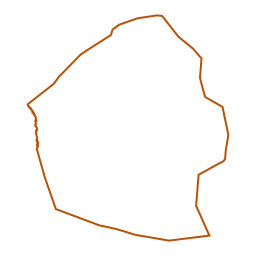 outline of Delgerxangai, Dundgovi, Mongolia
{"feature_id": "93677404B47502950424031", "entity_name": "Delgerxangai", "entity_type": "district", "adm_level": 2, "iso_a3": "MNG", "parent_name": "Mongolia", "parent_adm1": "Dundgovi", "projection": "orthographic", "projection_center": [104.19, 45.142], "detail": "fine", "context": "isolated", "style": "outline", "palette": "amber", "viewbox_px": 256, "rotation_deg": 0, "n_neighbors": 0, "source": "geoboundaries", "source_scale": "gbopen_adm2", "svg_char_len": 2854}
<svg xmlns="http://www.w3.org/2000/svg" viewBox="0 0 256 256"><path d="M209.4,235.6L196.1,205.8L198.6,174.8L216.9,164.6L223.6,161.1L225.1,158.9L225.8,150.1L228.0,137.0L228.3,134.6L222.5,106.9L205.2,97.0L202.6,88.1L200.0,77.9L201.5,58.4L192.8,48.5L178.5,36.8L162.1,15.9L156.9,15.4L137.5,18.3L119.4,24.6L112.7,29.4L110.9,35.0L89.5,48.7L80.8,54.4L58.9,76.8L53.8,83.8L28.3,103.8L27.7,104.3L27.7,104.5L27.8,104.9L28.0,105.4L28.1,105.7L28.2,105.8L28.3,105.9L28.5,106.0L28.6,106.5L28.9,106.8L29.0,106.7L29.3,106.7L29.4,106.8L29.5,107.1L29.5,107.4L29.4,107.7L29.5,107.9L29.7,108.0L29.9,108.1L30.1,108.2L30.3,108.3L30.5,108.3L30.7,108.2L30.8,108.2L30.9,108.3L30.9,108.6L30.9,109.0L31.1,109.4L31.2,109.5L31.4,109.5L31.5,109.5L31.5,109.9L31.5,110.1L31.5,110.3L31.9,110.6L32.3,110.8L32.6,111.0L32.9,111.4L33.0,111.6L32.9,111.8L32.7,112.0L32.5,112.3L32.5,112.5L32.6,112.8L32.9,112.8L33.1,112.7L33.3,112.7L33.4,112.8L33.4,113.1L33.5,113.2L33.7,113.3L33.9,113.3L34.0,113.3L34.1,113.5L34.1,113.8L34.0,114.1L33.9,114.2L34.0,114.4L34.2,114.6L34.4,114.7L34.5,114.7L34.5,114.9L34.5,115.0L34.5,115.3L34.5,115.5L34.8,115.9L34.9,116.1L35.0,116.2L35.2,116.3L35.3,116.4L35.5,116.5L35.6,116.8L35.7,117.1L35.7,117.6L35.7,118.0L35.7,118.4L35.8,118.6L35.9,118.9L36.0,119.1L36.0,119.3L36.0,119.5L35.9,119.6L35.7,119.8L35.6,120.0L35.5,120.3L35.9,120.3L36.2,120.3L36.3,120.3L36.5,120.4L36.5,120.5L36.5,120.8L36.3,120.9L36.2,121.0L36.0,121.3L35.9,121.4L35.7,121.6L35.6,121.9L35.6,122.1L35.6,122.3L35.7,122.5L35.7,122.8L35.6,123.0L35.6,123.3L35.7,123.5L35.8,123.6L35.9,123.8L35.9,124.0L36.0,124.2L36.0,124.3L35.9,124.6L35.7,124.7L35.4,124.8L35.2,124.9L35.2,125.1L35.2,125.3L35.2,125.5L36.9,127.9L36.9,128.3L37.0,128.5L36.9,129.0L37.0,129.6L37.0,129.8L36.9,130.1L36.6,130.1L36.3,130.2L36.2,130.4L36.2,130.6L36.3,130.8L36.4,131.1L36.4,131.4L36.3,131.6L36.2,131.7L36.1,131.9L36.0,132.1L36.4,132.3L36.4,132.5L36.2,132.7L36.1,132.9L36.1,133.0L36.1,133.4L36.1,133.6L36.2,134.0L36.2,134.3L36.2,134.5L36.3,134.8L36.4,135.0L36.5,135.3L36.5,135.6L36.7,136.2L36.9,137.0L37.0,137.3L37.1,137.8L37.2,138.1L37.3,138.3L37.3,138.6L37.2,138.7L37.1,138.9L37.1,139.3L37.0,139.5L36.9,139.6L36.6,139.7L36.6,139.8L36.6,140.0L36.8,140.2L37.0,140.4L37.0,140.5L36.8,140.7L36.7,140.9L36.7,141.1L36.7,141.3L36.8,141.4L37.0,141.5L37.2,141.4L37.6,141.4L37.8,141.5L37.7,141.8L37.6,142.0L37.5,142.3L37.8,142.6L38.1,142.8L38.2,143.0L37.9,143.2L37.7,143.2L37.4,143.3L37.5,143.5L37.7,143.9L37.8,144.1L37.9,144.3L37.9,144.5L37.6,144.6L37.4,144.6L37.2,144.6L36.9,144.8L37.0,145.2L37.2,145.4L37.3,145.8L37.7,145.9L38.0,145.8L38.2,146.0L38.0,146.4L37.7,146.6L37.5,146.8L37.4,147.0L37.4,147.4L37.4,147.5L37.1,147.7L37.0,147.8L37.0,148.0L36.9,148.4L36.9,148.7L36.8,149.0L36.8,149.3L37.0,149.6L44.8,177.3L55.9,209.1L99.1,225.3L116.2,229.0L135.6,234.9L169.0,240.6L209.4,235.6Z" fill="none" stroke="#b45309" stroke-width="2"/></svg>